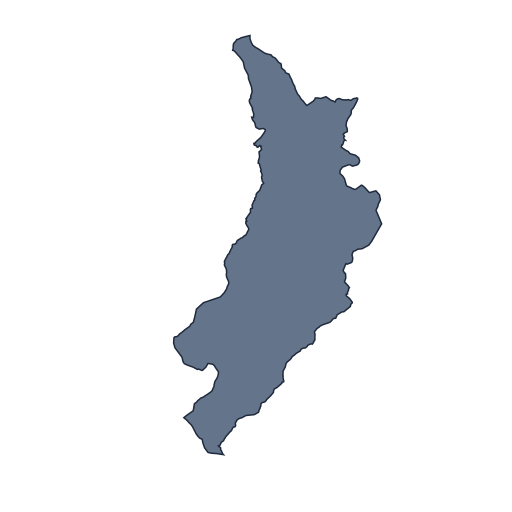 Campeni, Alba, Romania, rotated 204°
{"feature_id": "2599482B40303754210637", "entity_name": "Campeni", "entity_type": "district", "adm_level": 2, "iso_a3": "ROU", "parent_name": "Romania", "parent_adm1": "Alba", "projection": "orthographic", "projection_center": [23.042, 46.415], "detail": "fine", "context": "isolated", "style": "filled", "palette": "slate", "viewbox_px": 512, "rotation_deg": 204, "n_neighbors": 0, "source": "geoboundaries", "source_scale": "gbopen_adm2", "svg_char_len": 6106}
<svg xmlns="http://www.w3.org/2000/svg" viewBox="0 0 512 512"><g transform="rotate(204 256 256)"><path d="M358.3,449.4L359.0,448.4L360.5,446.7L361.7,445.9L361.6,445.0L362.9,441.1L362.4,438.8L361.3,436.5L361.0,434.4L359.2,434.5L357.4,433.7L351.2,430.9L346.7,428.3L342.9,423.0L336.6,418.0L334.9,414.8L328.9,408.6L326.3,404.4L325.9,400.1L325.7,399.3L325.2,399.0L325.1,398.2L324.9,397.8L325.4,397.3L325.5,396.3L325.4,395.3L324.2,393.4L319.4,389.7L319.1,389.4L319.3,388.8L319.1,388.5L316.0,385.1L314.6,381.6L316.4,381.1L314.7,379.1L312.8,378.0L311.7,377.6L308.7,373.8L308.0,373.4L304.6,373.2L301.7,375.2L301.0,375.4L299.1,375.3L298.5,374.6L298.6,372.6L299.7,366.6L301.8,361.9L302.8,359.3L302.6,359.0L303.8,358.0L303.0,356.9L302.3,356.6L300.9,357.1L299.9,356.1L298.5,356.0L298.0,357.7L297.5,358.5L296.7,357.8L295.8,358.3L295.5,357.0L294.3,355.6L295.0,353.5L295.6,352.3L293.4,348.6L293.1,347.8L292.8,346.4L292.6,344.0L292.1,343.1L291.9,341.8L290.6,341.7L288.6,339.3L288.4,339.0L287.0,337.5L286.3,336.7L286.4,335.5L284.6,334.0L283.5,332.8L283.2,332.1L283.1,330.5L280.7,326.9L278.7,325.8L278.6,325.3L278.9,324.8L279.7,323.3L279.4,318.6L279.2,317.9L280.8,313.8L280.9,312.8L280.9,312.2L280.2,310.5L280.3,309.5L280.7,308.2L279.8,306.7L280.4,305.5L280.3,304.1L280.3,301.1L280.1,300.3L279.5,299.7L278.7,298.1L280.1,297.2L280.1,296.3L279.6,295.2L278.8,293.9L280.1,287.2L279.9,286.6L280.4,286.1L279.0,284.4L278.6,284.2L278.7,283.6L279.3,283.5L278.6,281.7L276.9,280.3L274.3,278.5L273.7,277.9L273.4,276.8L273.6,275.5L273.7,271.8L273.9,270.8L274.9,269.9L275.2,268.7L275.6,268.3L275.9,267.3L276.2,266.8L277.4,265.8L277.8,264.8L279.3,262.8L279.4,262.3L279.4,259.7L279.7,258.8L280.7,257.9L281.8,257.3L282.0,256.8L282.1,256.2L281.4,254.7L281.4,254.0L281.7,249.2L281.6,247.8L281.7,247.1L282.4,245.4L282.3,243.7L282.5,242.2L282.7,238.2L281.6,236.6L281.4,235.3L281.0,234.7L277.7,231.9L276.1,229.0L275.5,226.7L274.1,224.6L271.1,222.0L270.0,220.4L269.7,219.6L269.8,216.4L269.5,214.0L270.0,209.9L271.9,204.1L285.0,192.0L288.8,183.3L287.2,175.6L286.3,169.9L287.8,167.1L287.9,164.9L290.7,160.2L292.3,156.8L294.2,153.5L294.5,152.0L295.3,150.4L297.4,149.0L297.7,148.0L295.9,143.0L292.7,139.2L282.5,133.5L279.6,129.7L277.6,128.5L274.8,128.4L268.1,128.9L263.5,128.5L262.3,129.4L259.0,129.4L258.3,129.9L256.7,133.8L256.5,134.7L256.2,138.3L252.0,139.4L250.8,139.4L249.7,139.0L246.4,136.8L243.2,134.9L242.9,134.4L242.0,130.8L242.0,128.4L242.5,124.7L241.9,121.3L241.2,119.3L241.4,118.4L241.3,115.6L241.6,114.1L243.9,110.2L246.2,106.7L246.4,106.1L248.6,103.8L250.5,99.9L250.8,98.3L252.2,96.1L250.4,89.0L254.0,83.1L256.2,79.0L251.9,77.7L249.2,76.4L246.6,75.5L244.4,74.1L238.2,69.1L235.6,67.6L232.9,66.6L230.8,66.7L230.2,66.2L229.5,65.0L228.1,63.2L224.9,59.8L219.9,57.0L216.2,57.8L211.6,59.5L204.9,61.3L206.2,61.9L208.6,64.2L209.3,64.5L209.7,65.0L210.2,66.2L210.7,66.6L212.7,67.0L213.1,67.2L212.2,68.2L211.8,69.0L212.0,70.2L211.9,71.3L211.6,72.3L210.6,73.8L210.5,74.4L210.5,76.2L210.2,77.0L210.3,77.9L210.1,78.6L208.2,84.8L207.4,86.4L207.4,89.1L207.2,89.9L207.0,90.4L205.7,91.5L205.6,92.2L205.7,93.0L206.7,94.6L207.0,95.3L206.6,97.1L206.8,98.0L205.8,100.0L204.4,101.5L203.3,102.3L200.6,105.8L199.8,106.5L193.0,110.4L190.2,114.2L190.1,115.0L190.6,116.9L190.5,117.7L190.3,118.1L190.7,120.0L190.5,120.6L191.3,122.9L191.1,124.0L190.3,124.9L188.6,126.3L188.0,127.8L187.8,129.3L185.8,134.2L184.6,138.3L185.1,140.2L185.2,141.4L185.1,142.1L183.3,144.4L180.6,150.3L180.9,151.3L180.7,151.6L179.6,152.2L179.6,152.8L182.0,156.1L182.4,157.5L183.1,158.0L183.2,158.8L184.2,161.3L184.4,162.3L184.1,166.5L184.8,170.1L184.2,172.4L183.7,173.1L183.4,174.0L182.8,175.0L182.1,177.2L182.1,178.6L180.6,181.2L179.6,183.6L178.2,185.4L177.8,186.3L177.1,186.8L176.9,189.2L175.5,191.0L173.6,192.0L172.5,194.1L172.4,195.4L172.0,196.0L170.1,198.1L168.7,198.4L168.4,199.7L168.3,202.3L168.0,203.2L169.4,206.2L170.2,208.5L171.7,210.3L171.7,210.9L170.7,214.8L169.6,216.3L169.0,217.9L167.5,219.9L161.6,225.4L160.9,226.9L159.8,230.4L157.9,231.5L157.9,235.4L154.9,239.7L153.0,240.9L149.3,248.2L149.7,250.7L149.1,251.9L149.1,252.6L149.2,252.9L153.2,255.2L157.1,256.3L157.6,256.6L158.1,257.7L156.9,258.6L157.6,259.9L157.7,260.4L157.5,262.3L158.1,263.6L157.8,265.1L159.3,265.9L159.8,266.3L164.6,268.3L165.0,272.4L167.0,276.2L167.3,276.5L168.2,276.5L170.5,278.2L170.8,285.6L169.7,285.5L169.2,285.8L166.3,288.7L166.0,289.3L165.9,289.9L166.1,291.3L166.7,293.3L168.9,296.4L169.0,299.6L168.6,300.2L167.8,300.9L165.6,303.7L162.0,305.8L157.4,311.8L156.3,316.7L154.3,336.5L165.0,346.6L164.9,349.9L164.8,350.4L165.3,353.2L165.2,358.0L168.1,362.1L173.0,364.3L178.1,360.1L178.9,360.3L184.7,362.9L187.6,363.7L188.6,363.5L190.8,359.5L192.1,357.5L192.7,357.0L194.8,356.9L195.3,356.7L196.5,357.0L201.4,356.9L202.1,357.2L206.6,362.6L209.5,364.4L212.6,365.4L213.2,366.2L214.0,368.7L213.1,372.4L209.5,376.0L207.9,377.4L207.4,377.6L204.4,377.3L200.8,380.2L200.2,381.1L199.8,382.1L199.8,384.3L200.1,385.2L202.1,387.4L204.4,388.1L206.5,388.5L211.6,387.7L214.4,389.0L216.3,389.0L222.4,390.1L222.8,392.5L222.1,392.7L222.2,394.6L222.5,396.7L222.3,397.9L221.5,398.1L223.3,398.9L223.7,399.4L224.1,399.9L224.2,400.5L223.8,401.3L225.8,402.7L225.4,403.9L224.9,404.7L223.2,406.7L223.4,407.4L224.6,409.5L225.5,410.5L226.6,411.3L227.5,414.0L228.0,416.4L227.8,416.5L227.8,417.1L227.9,418.9L227.6,419.9L227.5,420.9L226.9,423.9L227.4,426.2L228.2,427.8L227.3,431.0L226.8,436.7L226.8,440.0L227.0,440.9L227.3,441.4L228.3,441.4L229.4,440.4L230.4,439.9L231.4,438.8L232.3,437.2L233.2,436.5L235.2,436.5L237.0,435.3L239.6,434.2L241.5,433.8L243.6,433.8L244.6,433.4L245.5,432.6L246.3,431.3L246.4,428.9L248.9,429.0L251.2,428.7L252.8,429.2L256.8,430.0L261.0,426.2L263.6,425.6L266.1,424.5L266.0,422.8L266.7,420.7L270.7,414.2L273.0,415.1L275.9,416.7L278.5,417.6L281.4,419.7L283.9,420.9L288.2,424.7L289.8,426.9L292.4,428.7L295.2,431.6L297.6,433.5L299.9,435.6L303.3,435.4L305.1,437.0L309.0,438.0L310.8,441.1L311.4,441.8L314.0,442.1L318.8,444.6L322.0,444.8L324.2,445.9L327.7,445.1L331.0,444.9L338.5,446.2L341.2,446.4L344.6,447.2L347.2,449.2L350.0,452.2L351.2,455.0L358.3,449.4Z" fill="#64748b" stroke="#1e293b" stroke-width="1.5"/></g></svg>